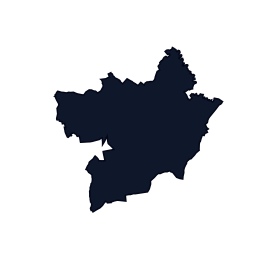 outline of Sambata, Bihor, Romania, rotated 200°
{"feature_id": "2599482B53181341706292", "entity_name": "Sambata", "entity_type": "district", "adm_level": 2, "iso_a3": "ROU", "parent_name": "Romania", "parent_adm1": "Bihor", "projection": "mercator", "projection_center": [22.198, 46.801], "detail": "fine", "context": "isolated", "style": "filled", "palette": "ink", "viewbox_px": 256, "rotation_deg": 200, "n_neighbors": 0, "source": "geoboundaries", "source_scale": "gbopen_adm2", "svg_char_len": 5840}
<svg xmlns="http://www.w3.org/2000/svg" viewBox="0 0 256 256"><g transform="rotate(200 128 128)"><path d="M163.8,168.7L165.6,166.7L170.1,164.4L168.9,163.9L167.5,162.2L167.4,161.2L166.7,160.7L166.0,159.7L165.7,159.1L165.5,157.3L165.9,156.4L165.7,156.2L165.6,155.8L165.9,155.2L166.2,153.5L168.5,150.5L170.9,151.4L171.7,151.4L172.4,151.0L175.3,151.2L177.5,150.5L179.8,147.5L180.8,144.0L182.2,143.5L187.6,142.7L191.5,142.9L194.1,141.7L196.1,141.2L197.4,140.1L198.2,139.8L200.6,139.4L202.6,138.8L206.6,138.5L207.1,137.2L207.3,135.9L207.1,135.4L207.3,134.6L207.7,134.5L207.8,134.0L207.7,133.7L206.9,133.2L206.9,132.9L207.4,132.5L206.8,132.4L206.2,131.5L204.4,129.7L201.4,127.1L200.8,125.7L201.4,122.2L198.9,117.2L198.3,112.6L197.7,111.4L196.9,111.5L196.4,111.8L195.5,112.1L194.8,111.0L193.6,111.3L193.1,111.1L192.2,111.3L191.1,109.5L189.2,110.5L186.9,107.2L188.0,106.9L186.9,105.0L186.2,104.0L186.2,103.7L185.1,102.1L182.0,98.9L181.2,98.7L181.0,98.8L180.1,100.8L179.8,101.1L179.4,101.2L178.9,101.1L178.6,101.4L178.5,101.9L179.9,102.6L179.3,103.5L178.5,103.9L177.8,104.6L176.6,104.7L175.7,104.4L175.4,104.5L174.4,104.2L173.3,103.1L172.8,102.8L171.2,103.9L169.8,102.0L168.7,100.1L168.3,99.3L167.7,98.4L159.0,102.1L157.1,103.2L150.8,107.6L149.8,109.4L148.9,109.8L147.2,106.5L146.2,103.7L145.5,107.0L145.0,111.9L144.8,113.1L142.2,108.1L141.2,106.6L136.9,104.8L134.4,103.5L133.9,103.0L143.3,97.4L142.9,96.6L138.4,89.4L141.0,88.3L144.1,87.3L145.8,88.8L147.5,89.7L149.3,90.4L149.6,89.6L150.2,87.0L152.5,83.0L152.7,82.4L152.4,80.4L152.9,79.0L153.1,77.6L153.3,74.7L152.6,74.8L151.3,74.1L149.7,72.8L149.0,72.7L147.1,72.2L145.8,71.6L145.5,70.9L144.8,69.2L144.4,68.8L143.7,67.0L143.1,64.3L143.6,63.0L143.2,61.2L143.2,59.2L142.6,57.6L142.4,56.9L142.4,55.7L142.2,54.8L141.9,54.5L141.5,53.3L140.9,51.9L140.7,51.0L139.5,49.1L138.9,47.6L138.2,46.6L137.9,45.7L137.1,45.4L136.2,44.2L135.9,43.6L135.6,41.8L135.8,40.0L135.6,39.3L134.4,37.9L133.9,38.1L132.9,37.9L132.2,37.2L129.6,40.5L127.0,43.5L125.6,46.3L125.2,47.6L124.9,49.1L124.4,50.1L124.0,51.4L123.1,51.4L122.5,51.2L121.8,50.6L118.4,52.2L118.8,52.9L117.9,53.2L116.0,54.8L113.5,56.4L111.9,56.9L105.0,58.6L107.4,63.7L106.5,64.7L105.4,65.2L103.7,66.3L103.5,66.1L103.0,66.3L100.4,68.2L98.8,68.7L97.3,69.5L87.8,74.7L87.2,78.0L87.5,81.9L87.6,83.0L88.8,86.1L86.4,90.6L85.2,93.7L84.4,95.1L84.0,95.6L82.7,96.1L82.4,96.1L82.0,96.4L79.9,98.4L78.7,99.3L78.0,99.7L76.1,100.4L75.5,101.0L74.2,102.0L72.6,101.5L71.5,101.6L71.1,101.8L65.4,98.3L62.1,98.3L59.1,98.8L59.9,101.7L60.2,104.4L60.5,105.6L61.2,107.3L61.4,108.9L61.5,110.2L61.4,110.9L61.3,112.6L60.9,114.7L61.2,115.2L61.2,116.0L60.9,117.3L60.6,118.0L60.1,118.7L60.0,119.4L58.3,120.7L58.0,121.1L57.7,122.2L56.8,124.1L56.2,125.6L55.6,127.8L53.5,131.5L53.9,132.0L55.7,137.6L55.8,139.9L55.5,140.1L55.8,143.7L55.7,145.1L55.9,146.6L53.9,147.0L53.9,149.4L52.9,150.1L51.9,151.1L53.8,152.9L52.6,154.0L52.2,154.6L53.2,155.0L54.0,155.1L56.7,157.8L55.5,159.8L55.3,160.5L55.5,161.6L55.7,162.5L55.7,163.2L55.6,164.8L55.1,166.6L51.9,175.8L50.4,180.7L49.0,182.3L48.4,183.8L48.4,184.6L48.2,185.1L52.7,186.2L57.1,185.5L57.1,184.8L56.8,184.0L56.8,183.5L57.0,182.9L57.0,181.8L57.6,181.4L58.2,181.5L58.5,181.8L59.1,182.4L59.1,182.9L60.5,181.7L61.1,182.4L61.6,182.3L61.7,182.0L62.0,181.4L62.7,181.6L63.2,182.5L63.9,183.2L64.4,183.0L65.3,182.2L65.6,181.7L66.0,181.8L66.2,182.0L66.3,182.8L66.6,183.1L67.0,182.9L67.5,182.0L68.0,181.9L68.3,182.3L68.6,182.9L68.5,183.4L68.8,184.1L68.6,185.0L69.0,185.2L69.9,184.7L71.5,184.8L71.8,184.5L71.7,184.2L71.9,183.5L72.8,182.6L72.8,182.3L72.9,182.0L73.3,182.0L74.4,182.4L75.3,183.6L75.6,183.7L76.3,182.5L76.3,181.9L76.6,181.5L77.0,181.4L77.2,181.5L77.6,181.8L77.8,182.4L78.2,182.4L78.8,182.2L79.3,181.6L79.6,181.6L79.8,181.8L80.7,179.9L79.9,179.2L78.0,178.0L78.9,176.7L79.0,176.0L79.7,175.4L80.4,175.3L80.8,175.4L80.9,175.5L81.0,176.0L81.7,175.7L82.1,176.0L82.3,176.7L84.4,179.0L87.3,180.7L87.7,181.0L87.5,181.5L86.5,181.8L84.5,184.9L83.4,184.8L82.2,186.0L80.7,186.9L81.2,187.9L81.3,191.1L80.7,192.4L79.6,193.3L79.4,193.7L79.4,194.1L79.8,194.6L80.1,194.7L80.7,194.6L81.3,194.2L82.4,193.9L83.4,194.2L83.7,194.5L83.7,194.8L83.2,195.4L82.0,196.2L81.7,196.5L81.9,197.0L82.2,197.6L82.7,197.6L83.8,197.1L84.2,197.3L83.6,199.0L83.5,199.9L83.5,200.3L83.9,200.5L85.2,200.6L86.6,199.7L86.9,199.8L87.0,200.3L87.4,200.9L88.4,200.5L88.7,200.7L88.2,201.3L88.2,202.1L88.3,202.4L90.9,202.6L92.1,204.0L93.2,204.8L93.6,205.7L93.1,207.0L93.4,207.6L93.6,207.7L94.3,207.6L95.4,207.0L97.6,205.0L98.3,205.4L98.5,205.7L97.9,206.3L97.2,207.6L97.3,208.0L97.6,208.2L98.2,207.5L98.7,208.0L99.2,208.7L99.5,209.5L99.4,210.3L99.5,211.0L100.5,212.1L101.2,211.8L101.4,210.9L101.6,210.6L101.9,210.9L102.6,210.7L103.9,210.9L104.2,211.2L104.3,211.8L104.1,212.1L102.9,212.3L102.6,212.7L102.3,213.5L102.3,214.4L102.6,214.9L103.0,215.0L104.3,214.3L105.3,214.3L105.6,214.7L105.6,215.3L104.9,216.3L104.9,216.6L105.4,217.3L105.6,217.8L106.2,218.2L107.4,218.1L107.6,217.8L107.5,217.4L107.8,216.6L108.1,216.4L108.4,216.5L109.1,217.0L109.4,217.6L109.5,217.8L110.4,218.2L111.0,218.0L111.9,218.5L113.8,218.8L113.8,217.2L114.1,216.6L115.3,215.5L115.7,215.2L116.6,215.2L117.7,214.7L118.4,214.2L119.3,212.6L115.9,210.6L114.2,211.8L113.6,210.6L114.6,208.4L115.0,207.7L116.5,208.3L117.0,208.2L118.1,206.8L118.3,206.2L118.7,204.4L118.7,203.4L119.0,203.0L119.6,202.8L120.5,200.2L119.8,199.4L120.8,196.4L118.0,193.2L119.9,191.2L119.9,188.1L119.8,185.3L119.5,183.2L119.6,182.4L120.3,180.3L123.3,179.1L124.7,178.2L125.9,177.8L127.2,176.1L127.4,173.9L131.6,175.2L133.0,171.4L135.0,171.7L136.2,172.1L138.9,172.5L140.0,173.0L141.8,173.2L145.7,173.9L148.1,167.8L149.0,168.1L149.7,168.2L151.2,168.9L151.2,169.3L152.4,170.0L155.3,170.5L156.9,170.5L158.2,171.1L158.8,171.6L159.7,171.6L161.2,173.4L162.5,173.4L163.0,174.1L165.0,172.0L162.8,169.6L163.8,168.7Z" fill="#0f172a" stroke="#020617" stroke-width="1.5"/></g></svg>